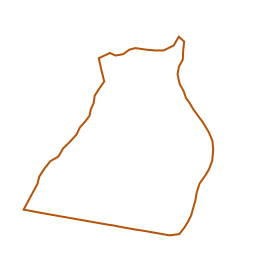 outline of Valparaíso de Goiás, Goiás, Brazil, rotated 190°
{"feature_id": "56859067B60747334875226", "entity_name": "Valparaíso de Goiás", "entity_type": "district", "adm_level": 2, "iso_a3": "BRA", "parent_name": "Brazil", "parent_adm1": "Goiás", "projection": "robinson", "projection_center": [-47.989, -16.094], "detail": "fine", "context": "isolated", "style": "outline", "palette": "amber", "viewbox_px": 256, "rotation_deg": 190, "n_neighbors": 0, "source": "geoboundaries", "source_scale": "gbopen_adm2", "svg_char_len": 988}
<svg xmlns="http://www.w3.org/2000/svg" viewBox="0 0 256 256"><g transform="rotate(190 128 128)"><path d="M216.6,29.5L197.4,29.3L186.8,29.3L179.5,29.3L171.0,29.3L162.5,29.3L151.2,29.3L140.6,29.3L131.6,29.3L125.7,29.5L118.0,29.3L110.2,29.3L102.6,29.3L95.1,29.5L82.5,29.5L75.1,29.5L68.3,29.5L59.1,32.4L55.2,39.7L52.7,45.9L50.6,52.9L50.0,59.5L49.1,67.9L49.1,76.4L47.9,85.7L43.3,95.4L41.1,101.3L39.4,110.4L40.3,121.3L42.7,130.2L47.5,137.6L52.2,143.1L56.3,147.6L61.2,152.2L66.7,157.5L71.4,163.0L76.1,167.6L79.5,173.8L84.6,180.1L88.5,189.4L88.5,197.2L85.9,204.9L87.1,213.9L87.7,222.9L93.8,226.7L97.4,217.1L106.5,210.5L114.5,209.1L123.6,208.3L134.5,208.0L140.3,205.4L145.5,199.9L152.8,197.2L158.9,198.7L164.0,195.1L168.9,191.6L165.0,182.2L159.5,169.7L163.7,160.6L166.4,154.0L166.2,146.7L167.9,139.7L168.0,133.4L171.2,127.1L175.5,120.2L177.6,112.6L183.2,103.8L188.4,96.6L191.6,87.8L198.7,81.9L202.9,74.2L206.9,64.8L207.5,57.2L216.6,29.5Z" fill="none" stroke="#b45309" stroke-width="2"/></g></svg>